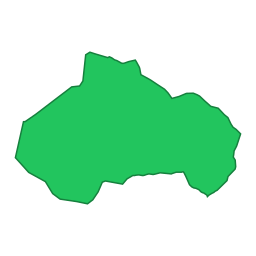 Ede South, Osun, Nigeria
{"feature_id": "59680162B73824932270854", "entity_name": "Ede South", "entity_type": "district", "adm_level": 2, "iso_a3": "NGA", "parent_name": "Nigeria", "parent_adm1": "Osun", "projection": "orthographic", "projection_center": [4.463, 7.663], "detail": "fine", "context": "isolated", "style": "filled", "palette": "green", "viewbox_px": 256, "rotation_deg": 0, "n_neighbors": 0, "source": "geoboundaries", "source_scale": "gbopen_adm2", "svg_char_len": 1389}
<svg xmlns="http://www.w3.org/2000/svg" viewBox="0 0 256 256"><path d="M207.4,196.6L209.1,195.0L212.3,193.1L213.7,192.5L215.2,191.2L217.1,190.3L227.0,180.6L228.0,176.5L235.1,169.1L235.7,166.7L235.2,160.1L233.3,157.1L233.7,154.6L234.1,150.9L236.6,146.1L240.6,133.9L236.1,129.4L233.0,127.2L231.0,124.1L227.9,117.6L224.3,114.7L218.2,108.2L210.7,106.3L207.4,103.3L205.2,101.4L199.6,96.1L197.2,94.8L193.3,93.2L186.5,93.4L186.4,93.4L179.0,96.5L171.9,98.4L168.0,92.9L164.5,89.2L156.5,84.0L151.3,80.5L149.5,79.4L140.9,74.7L139.7,68.4L139.3,67.2L136.6,62.2L135.3,60.1L128.7,61.6L123.9,63.3L121.8,63.3L116.9,60.6L114.5,59.8L111.8,57.9L109.4,56.8L107.7,57.6L95.5,54.0L89.9,52.2L85.7,54.8L82.9,81.0L79.6,86.0L71.7,86.9L35.5,114.5L25.2,121.6L23.5,121.7L15.4,157.7L16.2,158.5L28.7,172.4L45.4,181.6L52.7,193.6L60.1,199.1L72.3,200.9L76.9,201.6L87.5,203.8L92.8,199.8L98.1,191.9L102.3,182.2L105.4,181.0L122.6,184.1L127.1,178.8L133.0,175.4L134.0,175.6L136.5,175.1L138.9,174.9L142.2,175.5L143.3,175.5L144.6,175.2L146.5,174.5L148.9,173.9L153.1,174.5L155.0,174.1L160.1,172.8L171.3,173.9L172.5,173.4L176.2,172.2L181.6,172.2L183.0,171.7L183.9,172.5L185.8,176.3L187.8,180.8L189.5,184.7L191.8,186.9L193.7,187.9L196.3,188.4L197.1,188.9L198.2,189.3L199.4,190.1L200.6,191.5L201.3,192.0L202.6,192.7L203.6,192.9L204.2,193.3L206.3,194.7L207.0,195.3L207.4,196.6Z" fill="#22c55e" stroke="#15803d" stroke-width="1.5"/></svg>